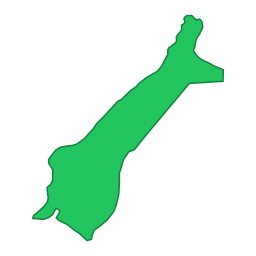 Kuala Penyu, Sabah, Malaysia
{"feature_id": "92858781B3182463940033", "entity_name": "Kuala Penyu", "entity_type": "district", "adm_level": 2, "iso_a3": "MYS", "parent_name": "Malaysia", "parent_adm1": "Sabah", "projection": "albers", "projection_center": [115.505, 5.445], "detail": "fine", "context": "isolated", "style": "filled", "palette": "green", "viewbox_px": 256, "rotation_deg": 0, "n_neighbors": 0, "source": "geoboundaries", "source_scale": "gbopen_adm2", "svg_char_len": 1478}
<svg xmlns="http://www.w3.org/2000/svg" viewBox="0 0 256 256"><path d="M223.3,69.7L216.2,66.9L213.4,65.6L209.9,63.6L207.1,62.2L204.2,60.9L200.6,59.0L198.3,57.1L196.1,54.7L194.8,52.8L193.7,51.1L193.6,49.5L194.7,47.4L195.1,44.6L195.6,42.5L196.0,40.2L197.4,37.0L199.6,34.0L201.7,29.4L202.7,27.1L202.3,22.8L201.0,20.5L199.7,19.1L196.4,20.0L195.3,19.1L193.1,16.9L192.3,15.9L191.3,15.4L189.7,15.8L187.4,15.4L185.1,16.8L183.9,18.8L184.5,20.5L184.9,22.5L183.5,24.0L181.6,25.1L181.6,28.3L181.6,30.1L179.9,32.2L177.9,34.3L176.3,36.9L176.6,40.5L175.7,42.6L173.2,44.5L170.9,46.4L168.9,47.7L167.9,49.4L167.7,54.7L164.8,59.7L163.8,61.9L162.5,64.6L160.8,67.2L159.1,69.2L157.5,71.1L146.3,77.7L139.1,83.3L137.7,84.9L136.0,86.7L134.0,88.3L131.2,90.0L121.5,99.4L119.3,100.5L117.2,101.8L115.2,104.1L105.5,114.7L96.6,123.7L93.4,128.6L88.5,133.9L84.7,138.4L76.9,144.0L72.7,145.4L66.4,146.1L60.5,147.2L55.9,150.0L51.3,155.6L48.5,159.8L48.9,163.7L52.7,169.6L52.7,174.5L52.7,180.2L50.6,184.4L47.1,187.5L47.5,192.4L48.2,197.7L47.5,201.9L43.6,206.8L40.1,210.0L37.6,212.4L33.8,215.2L32.7,218.4L43.6,219.4L49.2,217.3L52.7,214.5L55.9,208.6L59.0,209.6L59.7,212.1L56.2,218.0L59.4,220.8L65.0,223.3L68.2,225.1L70.6,227.2L74.5,230.3L79.0,233.1L87.1,240.6L91.3,239.4L92.4,234.9L94.1,230.3L101.1,225.1L107.1,220.1L113.8,211.4L116.2,205.1L118.7,194.5L119.4,183.7L119.4,173.2L123.6,159.5L128.8,151.8L134.4,149.7L146.5,134.5L189.4,83.4L223.0,81.3L223.3,69.7Z" fill="#22c55e" stroke="#15803d" stroke-width="1.5"/></svg>